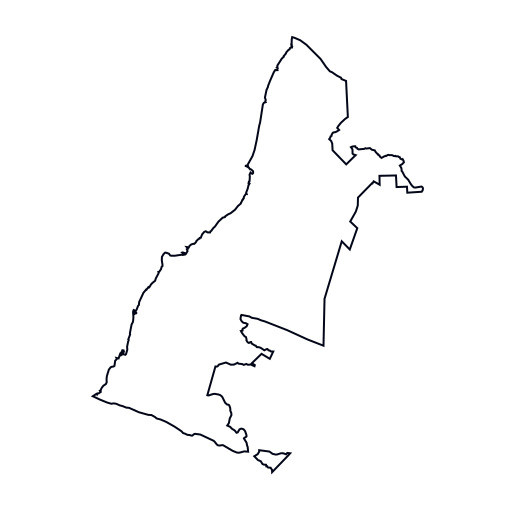 Batu Bara, Sumatera Utara, Indonesia (Albers equal-area conic projection), rotated 267°
{"feature_id": "22746128B96384374000902", "entity_name": "Batu Bara", "entity_type": "district", "adm_level": 2, "iso_a3": "IDN", "parent_name": "Indonesia", "parent_adm1": "Sumatera Utara", "projection": "albers", "projection_center": [99.513, 3.23], "detail": "fine", "context": "isolated", "style": "outline", "palette": "ink", "viewbox_px": 512, "rotation_deg": 267, "n_neighbors": 0, "source": "geoboundaries", "source_scale": "gbopen_adm2", "svg_char_len": 6076}
<svg xmlns="http://www.w3.org/2000/svg" viewBox="0 0 512 512"><g transform="rotate(267 256 256)"><path d="M472.7,303.6L470.3,303.0L466.4,302.7L466.0,302.4L465.5,302.7L465.0,302.3L464.4,302.7L464.0,302.5L463.3,303.1L462.3,302.8L462.4,301.8L461.9,300.9L460.6,300.3L460.2,299.3L457.8,296.9L456.7,296.5L454.1,294.1L453.6,294.2L451.8,292.1L445.1,287.3L443.7,287.3L443.4,286.9L443.2,287.3L442.0,287.5L441.4,286.9L440.5,287.1L440.5,286.3L440.9,285.8L440.8,285.0L438.6,283.4L430.4,279.3L424.9,276.8L424.3,276.8L421.3,275.2L413.7,273.2L411.3,273.9L409.9,273.3L409.1,273.7L408.6,271.9L407.0,270.8L389.2,267.1L385.8,266.0L371.5,262.7L361.9,260.1L355.9,257.7L347.5,252.4L345.7,252.9L346.0,252.0L346.7,251.3L346.6,249.7L345.9,251.6L344.5,253.5L342.9,254.6L343.0,255.1L342.4,256.0L340.9,257.4L339.9,257.6L339.0,257.4L338.3,256.8L338.6,255.9L339.6,254.9L337.5,253.8L335.7,254.0L331.9,253.6L330.6,253.3L330.6,252.8L329.8,252.5L329.1,252.7L328.8,252.5L328.5,253.2L326.7,252.1L323.6,251.2L319.8,249.5L318.4,249.9L318.5,249.1L315.8,247.0L314.2,246.8L313.8,246.1L313.0,246.0L312.6,245.2L310.7,244.4L310.1,243.8L309.2,243.6L306.8,240.5L303.3,237.5L300.0,232.8L299.2,230.6L298.1,228.7L297.1,227.2L296.5,227.0L296.0,224.7L292.3,220.3L287.6,216.6L286.2,214.9L283.4,212.6L283.0,211.8L281.9,211.4L282.1,208.8L283.3,207.2L282.9,205.7L280.4,203.3L277.2,201.9L277.0,200.7L276.4,200.6L275.7,199.1L274.1,197.3L273.3,197.0L272.0,195.8L271.3,194.8L271.5,194.1L270.9,191.9L269.5,190.1L267.8,189.2L267.6,188.4L268.5,187.8L268.6,187.2L267.1,188.3L266.6,188.2L266.3,187.3L264.5,187.9L261.9,186.2L261.2,185.4L261.0,183.7L262.8,184.6L263.4,183.0L263.3,182.6L262.8,183.2L261.8,183.2L261.2,182.1L260.5,174.9L260.7,171.6L261.0,170.4L262.9,169.1L264.1,166.1L264.0,165.2L262.6,163.7L260.0,162.0L256.6,161.7L251.9,162.2L250.8,162.0L250.2,161.2L247.9,160.5L245.3,158.5L245.2,157.7L244.4,157.9L243.7,157.7L238.7,154.7L236.6,154.0L234.4,151.0L233.0,149.6L230.2,147.7L230.0,147.1L230.4,146.8L228.1,144.9L228.3,144.6L225.2,141.7L216.1,136.9L213.3,136.5L212.2,135.5L208.7,134.0L207.6,132.9L206.9,132.8L205.4,133.5L204.9,133.0L205.2,132.1L204.6,131.8L204.1,131.1L204.3,130.7L205.7,130.6L208.3,131.4L208.5,131.1L208.2,130.8L206.5,130.3L201.5,130.4L197.7,129.9L196.1,129.4L194.2,128.2L186.6,126.3L184.9,126.0L184.3,126.2L179.4,124.1L178.8,124.5L177.1,123.8L172.0,122.5L169.3,122.6L164.9,121.1L164.2,120.4L165.0,117.9L164.3,116.6L164.9,116.7L166.2,118.3L167.4,119.1L168.7,118.8L168.9,117.6L167.2,116.9L165.9,115.4L160.9,113.4L161.5,111.3L160.5,111.7L158.8,109.9L153.7,108.9L153.1,108.0L152.9,106.1L152.5,105.1L150.2,103.1L143.9,100.8L140.7,100.3L137.8,100.3L136.1,99.5L134.5,96.9L132.9,95.4L130.4,93.9L129.6,93.9L129.5,93.1L128.3,93.7L127.1,91.8L126.9,90.6L126.3,90.2L126.9,90.0L126.5,89.1L124.5,85.7L120.8,92.6L117.4,99.8L116.0,103.9L116.3,106.1L115.7,108.8L114.0,112.0L113.1,114.9L111.4,118.5L111.0,121.3L106.1,130.9L102.9,140.4L102.7,143.2L100.5,146.7L99.0,148.2L97.7,152.2L95.0,157.7L89.9,165.7L84.9,172.4L83.0,173.9L82.2,176.0L81.0,178.1L80.7,180.2L80.0,182.2L80.0,183.0L81.4,184.9L81.6,185.8L80.6,191.1L73.7,204.0L72.8,204.9L69.7,207.1L69.0,208.0L68.6,209.5L68.9,212.4L68.6,213.5L62.7,222.4L60.8,226.4L60.5,227.8L60.5,229.4L61.5,234.0L61.0,237.9L65.7,237.7L67.1,237.2L70.0,236.8L74.4,234.4L75.0,234.8L75.9,236.6L76.4,237.1L78.1,237.0L81.8,235.9L83.6,234.5L84.3,232.8L84.3,231.9L83.7,230.4L80.8,228.5L80.5,227.3L82.9,225.6L84.7,223.0L86.8,221.2L88.2,218.4L90.6,220.2L95.2,221.3L98.3,223.1L100.6,223.1L102.6,222.3L105.5,222.3L108.2,221.5L108.8,220.9L109.3,219.2L111.1,217.5L116.9,215.0L117.9,214.2L119.0,212.9L119.6,211.4L120.5,207.7L120.4,205.8L119.2,201.3L119.5,200.1L147.8,209.7L147.6,211.1L148.0,212.0L149.5,213.3L151.2,220.4L148.8,225.1L148.7,228.3L150.3,232.0L149.4,232.9L148.8,236.6L147.9,238.0L148.7,240.7L148.0,241.8L147.8,242.6L147.9,245.1L146.0,248.7L147.1,249.1L149.2,246.3L158.0,256.4L152.6,264.4L159.7,268.2L160.0,265.6L160.9,264.8L161.1,263.7L162.5,262.5L162.4,261.6L161.4,259.4L164.1,255.8L164.7,254.3L165.0,252.0L166.4,251.1L166.7,250.2L168.8,247.1L170.3,246.7L170.3,245.9L169.6,244.6L169.6,244.1L170.4,243.1L172.3,242.0L173.4,242.2L175.6,241.7L176.5,240.3L179.7,238.1L181.9,237.0L182.3,238.7L183.5,238.6L184.2,239.1L184.8,240.7L186.3,243.0L188.3,244.0L189.4,242.4L190.0,239.8L191.7,238.2L193.9,237.2L197.3,237.9L197.4,238.3L197.9,238.5L196.0,246.2L194.5,248.6L193.2,254.3L191.5,257.7L190.3,261.2L180.3,283.3L169.9,303.2L162.9,318.7L209.7,322.2L266.2,342.4L257.6,350.0L278.5,358.6L285.5,351.9L294.9,357.9L299.7,359.8L301.3,360.3L309.0,360.9L322.6,375.7L322.4,376.1L324.4,377.4L320.7,383.2L329.6,383.5L329.1,400.0L317.5,400.0L317.3,410.4L311.3,410.4L311.5,424.8L312.9,425.9L314.8,426.3L316.0,425.8L316.7,424.9L316.0,418.6L316.3,417.2L317.9,415.6L319.7,414.4L324.3,411.9L327.6,408.8L332.6,406.5L333.3,405.9L336.1,405.8L338.8,404.4L340.1,406.8L341.8,408.6L343.4,408.3L345.0,407.5L344.7,407.1L345.6,405.3L347.2,404.7L347.4,403.8L348.1,403.1L348.2,401.0L348.7,400.5L348.5,399.2L349.6,397.1L349.7,394.8L350.1,393.2L349.0,391.0L349.2,390.7L349.0,390.4L348.9,389.5L347.4,386.5L348.7,385.0L350.0,384.5L350.4,383.5L351.2,383.3L351.7,382.5L353.8,380.8L355.2,380.2L356.1,377.2L357.8,375.4L357.5,371.8L357.9,370.9L357.3,369.6L357.1,364.0L357.9,362.8L358.7,362.5L359.1,361.5L359.9,360.8L360.4,360.8L360.4,359.2L360.2,357.7L359.7,356.5L357.9,357.7L356.9,357.9L353.2,357.8L352.4,358.5L351.5,360.8L342.8,350.9L357.6,338.0L364.3,338.0L366.9,337.1L368.9,335.2L370.4,336.4L371.5,336.7L372.0,337.7L373.2,337.9L374.8,339.0L375.3,339.6L375.5,341.6L376.1,343.2L377.5,345.6L379.7,343.8L381.6,345.1L384.5,347.7L388.1,352.0L390.0,355.0L426.1,355.1L428.2,350.7L429.6,350.2L431.8,346.4L435.5,341.6L436.6,339.4L441.4,335.7L449.4,330.8L464.3,317.4L469.1,311.5L471.8,306.1L472.7,303.6ZM39.3,260.8L55.0,277.6L57.2,279.8L57.7,277.0L56.4,275.6L57.6,272.8L57.7,270.6L56.7,266.7L56.7,265.1L57.6,262.1L60.0,259.2L61.9,249.0L60.4,248.9L58.0,247.3L56.1,243.8L52.1,247.3L50.8,250.0L47.9,251.6L47.2,253.1L47.0,255.1L45.4,255.3L45.4,256.1L45.1,256.1L44.1,257.1L43.8,259.5L41.6,260.8L39.3,260.8Z" fill="none" stroke="#020617" stroke-width="2"/></g></svg>